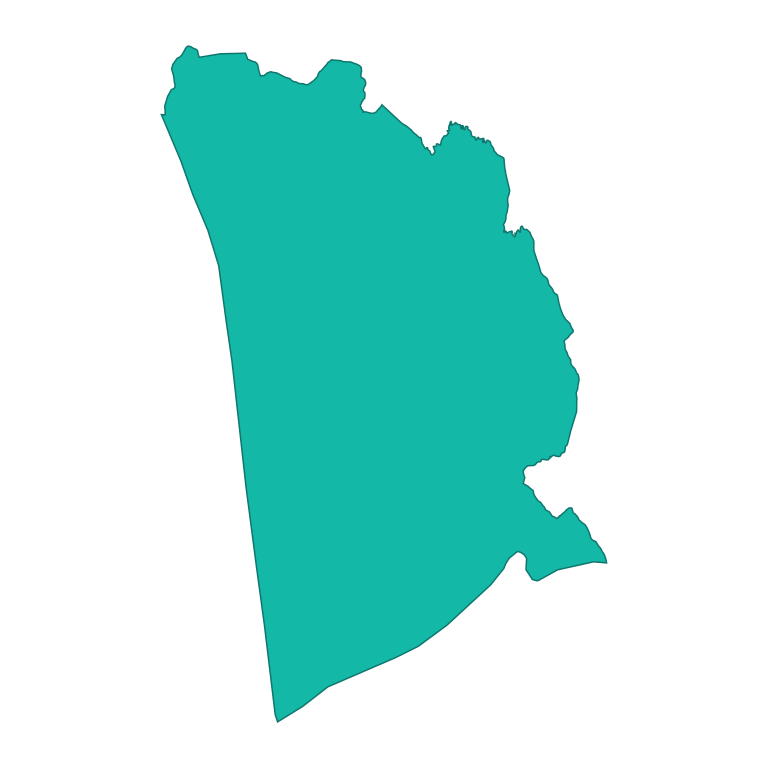 outline of Suaman, Western, Ghana
{"feature_id": "2480657B41275879010095", "entity_name": "Suaman", "entity_type": "district", "adm_level": 2, "iso_a3": "GHA", "parent_name": "Ghana", "parent_adm1": "Western", "projection": "equal_earth", "projection_center": [-2.977, 6.108], "detail": "fine", "context": "isolated", "style": "filled", "palette": "teal", "viewbox_px": 768, "rotation_deg": 0, "n_neighbors": 0, "source": "geoboundaries", "source_scale": "gbopen_adm2", "svg_char_len": 6051}
<svg xmlns="http://www.w3.org/2000/svg" viewBox="0 0 768 768"><path d="M606.6,562.9L605.9,559.1L604.3,554.6L602.2,551.6L600.6,548.3L598.2,545.6L596.1,542.0L595.5,541.4L593.3,540.5L592.3,539.9L591.4,538.9L590.7,537.7L590.3,535.7L588.7,531.4L586.7,527.2L585.5,525.3L584.8,524.5L582.5,523.0L579.2,520.1L578.7,519.3L578.0,517.5L576.0,515.0L575.3,514.1L574.0,513.5L573.4,512.9L573.0,512.2L572.1,508.8L571.6,508.0L570.1,507.9L568.8,508.1L566.4,510.0L564.5,512.1L562.4,513.7L560.3,515.7L559.8,515.7L558.7,517.0L556.9,518.5L553.9,516.7L552.3,516.3L549.5,512.0L545.9,510.0L545.3,509.4L544.7,507.7L543.8,506.4L543.2,506.0L540.6,502.3L538.3,501.0L537.8,500.5L535.1,496.6L533.8,494.1L533.1,490.5L530.8,488.8L527.9,486.2L523.2,483.6L524.8,477.5L523.7,474.7L523.2,471.2L524.6,468.8L525.6,467.6L526.5,466.7L528.5,465.7L533.5,465.5L535.2,464.7L536.9,462.7L538.8,461.6L539.3,461.8L540.6,461.7L541.7,459.6L542.4,459.3L546.7,459.9L548.5,459.7L549.0,458.6L549.8,458.4L549.9,458.2L549.7,457.0L549.8,456.7L551.4,457.0L552.4,455.6L553.1,455.4L554.5,455.5L555.9,456.1L558.7,456.5L559.7,456.4L560.6,455.5L561.3,453.8L562.7,452.8L564.5,452.1L565.1,449.9L565.4,446.5L565.6,446.1L566.5,445.7L567.0,445.1L567.6,443.6L570.7,430.9L576.6,411.5L576.8,397.3L576.4,395.4L576.2,393.0L576.5,391.8L577.5,389.4L577.9,386.7L577.8,385.9L579.0,380.8L578.9,377.8L578.2,374.8L576.7,373.1L575.4,369.8L574.6,368.5L572.0,365.8L571.3,364.5L570.9,363.3L570.5,359.4L568.6,356.9L568.0,355.8L567.0,352.5L565.2,349.3L564.8,344.3L564.2,341.7L564.3,340.7L564.7,340.2L568.1,337.4L570.2,334.6L572.9,332.2L573.2,331.0L573.1,330.2L571.5,327.7L570.0,323.8L569.6,323.2L565.6,319.4L562.9,314.9L560.4,308.4L559.0,303.4L557.6,296.2L557.2,294.9L554.7,293.3L553.7,292.0L552.4,289.0L551.1,287.2L550.1,286.2L549.1,284.8L548.5,283.3L548.1,281.2L547.7,279.7L547.0,278.5L545.9,277.4L543.1,275.4L541.4,273.2L540.6,271.6L538.3,263.6L537.2,260.9L534.1,251.3L533.8,249.0L533.9,242.5L533.7,240.8L533.3,239.7L530.9,235.2L530.3,233.2L529.6,232.1L526.7,229.4L525.2,229.5L524.0,229.3L523.6,228.9L522.3,226.4L521.5,226.2L521.1,226.5L520.4,227.9L520.2,232.1L519.7,232.1L518.8,231.0L518.3,230.0L517.9,230.1L516.7,231.8L516.2,233.8L515.8,233.8L515.0,233.3L514.8,234.0L515.4,235.2L515.4,236.1L515.0,236.7L514.1,236.5L512.7,234.5L511.8,233.7L511.8,233.1L512.2,232.6L512.2,232.4L511.9,231.9L512.1,231.3L511.8,231.1L509.3,231.8L506.9,233.0L506.4,232.5L506.1,231.4L505.2,231.3L504.3,232.2L504.0,232.2L503.8,231.9L503.8,230.3L504.1,230.1L504.6,230.3L504.4,229.3L504.5,228.2L503.9,226.0L503.8,225.2L503.4,224.4L504.8,222.4L505.4,220.8L505.9,218.5L506.1,214.9L507.3,211.5L507.5,209.2L508.2,205.7L507.6,201.1L507.7,197.7L509.1,194.0L509.7,190.5L505.6,173.1L505.4,170.6L504.8,168.6L504.0,159.2L503.7,158.1L503.0,157.5L497.3,154.6L496.6,153.8L495.6,152.4L494.3,151.2L493.8,149.4L493.2,147.7L491.1,145.1L490.6,143.0L490.0,141.5L489.2,141.2L488.1,140.4L487.2,140.2L486.5,141.7L486.1,142.7L485.8,143.0L485.1,142.3L484.6,140.6L484.4,140.4L484.0,140.5L483.6,142.0L483.4,142.3L482.9,142.3L482.5,141.9L482.5,141.3L482.8,140.5L483.7,139.0L483.8,138.5L483.3,138.3L482.2,138.8L478.9,139.1L478.6,138.9L478.7,137.6L478.4,137.4L477.4,137.8L477.0,138.4L476.5,139.8L476.3,140.1L475.7,140.1L475.3,139.3L475.0,137.1L472.8,136.6L472.2,136.3L471.7,135.6L471.3,134.3L471.0,132.0L470.3,130.9L468.0,129.2L467.7,128.7L467.9,127.2L467.4,126.5L466.4,126.5L465.5,126.7L465.0,127.4L464.8,129.6L464.2,129.8L463.3,128.8L463.2,126.3L463.0,125.8L462.7,125.6L462.2,125.6L461.9,128.4L461.4,128.8L461.0,128.3L460.7,125.6L460.3,124.9L458.5,124.6L457.5,124.1L455.5,122.6L455.2,122.7L455.0,123.1L454.9,124.1L454.2,124.4L453.3,124.0L452.8,124.1L451.8,125.4L451.2,125.5L451.0,125.3L451.0,124.0L451.4,122.9L451.4,122.1L451.0,121.5L450.2,122.1L450.0,123.4L449.1,125.8L448.8,127.1L448.7,128.6L449.6,129.5L449.7,130.1L449.5,130.3L447.3,130.7L447.4,131.5L447.6,131.9L448.3,132.2L448.6,132.6L448.5,133.5L447.4,134.2L446.6,135.6L444.3,136.0L443.8,136.3L443.4,137.3L442.4,138.3L441.2,141.3L440.8,143.7L440.8,144.7L440.6,145.0L440.1,145.1L439.6,144.6L437.0,143.8L436.5,144.1L436.3,146.0L435.0,146.5L434.0,146.3L433.4,146.4L433.3,146.9L434.6,150.2L435.0,151.9L433.4,154.1L432.3,154.9L432.0,154.9L431.6,154.7L430.5,153.1L429.8,151.0L427.7,149.4L427.5,147.7L427.0,147.5L425.7,148.8L425.2,148.6L422.0,143.3L421.2,138.6L420.6,137.5L418.8,137.4L416.4,134.9L414.0,133.1L412.8,131.9L411.5,130.2L406.6,126.2L401.8,123.3L381.9,104.8L381.6,105.6L380.9,106.5L377.3,110.6L376.0,112.1L374.3,112.9L372.7,113.4L369.7,112.9L364.9,111.7L363.7,112.1L362.9,112.0L363.0,111.1L363.0,110.5L361.9,109.7L361.4,108.9L361.3,108.2L360.3,105.7L360.5,104.7L361.3,103.8L361.7,102.2L361.9,101.7L362.5,101.3L362.8,100.7L362.8,100.3L363.1,99.7L364.6,98.5L364.8,96.7L365.0,96.0L364.9,92.8L363.7,91.4L363.5,90.8L363.4,90.0L364.2,87.0L365.0,86.2L365.7,84.1L365.6,82.5L365.4,81.5L364.7,79.5L363.5,78.8L363.0,78.2L361.4,77.6L360.9,76.8L361.1,72.6L361.6,71.3L361.2,67.5L359.8,65.8L357.2,64.4L350.4,61.9L343.7,61.8L340.4,60.6L332.1,60.0L331.8,59.7L329.3,61.7L328.2,62.3L326.6,64.5L321.1,70.8L319.5,71.8L318.2,74.1L317.5,76.6L313.6,80.7L308.2,84.5L305.9,84.8L303.5,83.8L299.0,83.5L296.5,82.2L292.5,81.2L289.8,78.6L285.3,77.3L276.9,73.0L271.8,72.1L270.8,71.7L267.0,73.1L263.9,75.8L262.4,75.5L260.7,76.1L259.7,73.8L258.7,70.0L257.7,65.0L256.9,63.5L255.4,62.1L253.7,61.7L247.7,59.3L245.5,53.2L220.4,53.8L199.1,57.3L198.2,54.0L197.5,50.7L196.4,49.5L193.6,48.4L190.8,46.7L188.7,46.1L187.3,46.4L185.7,48.2L182.2,54.5L179.8,57.1L177.3,58.2L172.9,64.3L171.6,68.9L173.8,76.5L174.4,82.4L175.1,84.7L174.8,87.5L173.7,88.7L171.4,89.6L167.6,96.4L164.7,106.2L164.8,108.5L165.1,109.5L165.2,114.8L161.4,114.6L180.9,161.0L192.8,194.5L207.9,230.3L218.7,265.7L226.2,321.2L232.0,361.4L246.1,487.5L256.7,568.5L264.4,624.9L275.2,714.5L277.6,721.9L302.8,706.3L327.9,686.8L396.4,657.2L418.4,646.2L447.0,625.1L490.8,584.7L503.8,568.5L505.7,563.7L509.2,558.2L517.4,551.5L520.4,552.2L524.3,554.8L526.6,558.4L526.0,569.7L530.9,577.2L532.3,579.5L537.0,580.8L538.7,580.3L557.6,569.8L593.6,561.8L606.6,562.9Z" fill="#14b8a6" stroke="#0f766e" stroke-width="1.5"/></svg>